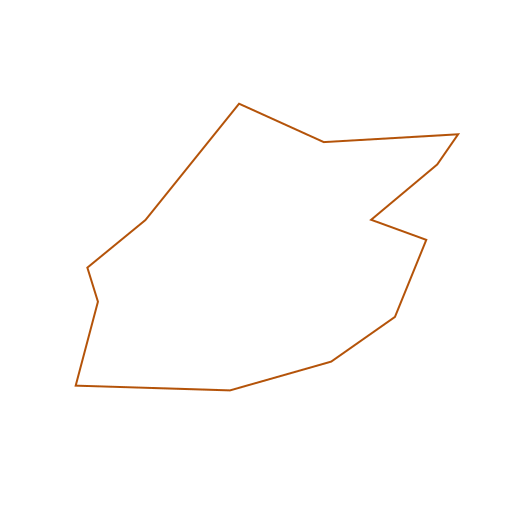 SVG path tracing the border of Sandy Hill, rotated 20°
{"feature_id": "AIA-5121", "entity_name": "Sandy Hill", "entity_type": "District", "adm_level": 1, "iso_a3": "AIA", "parent_name": "Anguilla", "parent_adm1": "", "projection": "robinson", "projection_center": [-63.011, 18.236], "detail": "fine", "context": "isolated", "style": "outline", "palette": "amber", "viewbox_px": 512, "rotation_deg": 20, "n_neighbors": 0, "source": "natural_earth", "source_scale": "10m", "svg_char_len": 332}
<svg xmlns="http://www.w3.org/2000/svg" viewBox="0 0 512 512"><g transform="rotate(20 256 256)"><path d="M407.4,265.7L362.8,329.5L277.5,391.2L130.9,439.5L123.1,353.0L101.5,324.6L139.8,260.0L188.0,118.7L280.7,125.8L404.3,72.5L395.0,108.0L351.8,182.6L410.5,182.6L407.4,265.7Z" fill="none" stroke="#b45309" stroke-width="2"/></g></svg>